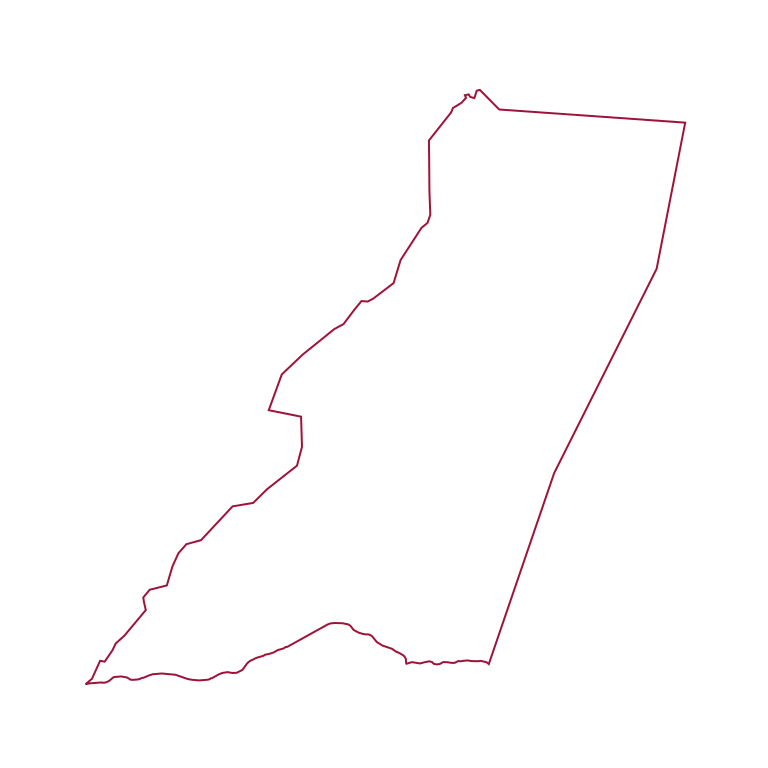 North Waghi District, Western Highlands, Papua New Guinea (Equal Earth projection), rotated 86°
{"feature_id": "67681753B53127057906438", "entity_name": "North Waghi District", "entity_type": "district", "adm_level": 2, "iso_a3": "PNG", "parent_name": "Papua New Guinea", "parent_adm1": "Western Highlands", "projection": "equal_earth", "projection_center": [144.746, -5.814], "detail": "fine", "context": "isolated", "style": "outline", "palette": "rose", "viewbox_px": 768, "rotation_deg": 86, "n_neighbors": 0, "source": "geoboundaries", "source_scale": "gbopen_adm2", "svg_char_len": 1926}
<svg xmlns="http://www.w3.org/2000/svg" viewBox="0 0 768 768"><g transform="rotate(86 384 384)"><path d="M662.7,702.7L662.1,698.7L662.0,686.4L662.4,685.8L662.4,683.1L661.9,681.0L660.7,678.4L657.9,674.7L657.5,673.6L657.4,666.6L658.9,660.7L661.3,657.4L661.6,655.3L661.6,650.4L661.1,647.7L660.3,646.1L660.3,644.5L658.3,638.7L657.4,634.9L657.3,625.8L659.5,612.3L664.6,600.4L665.7,596.1L666.8,589.1L666.7,580.5L666.3,578.4L665.5,577.3L665.5,576.2L662.2,569.3L661.0,565.6L660.5,560.2L661.7,555.4L661.8,551.1L659.3,545.1L653.1,540.0L651.1,537.3L648.3,530.4L646.6,522.9L645.8,521.9L645.3,517.6L644.1,512.8L642.0,508.5L640.8,502.6L639.5,500.5L639.5,498.9L619.9,456.9L619.1,454.2L619.0,449.4L619.8,441.9L621.3,436.5L622.9,434.3L627.2,431.5L630.3,426.6L631.9,422.3L632.6,419.0L632.6,417.4L633.4,415.3L634.6,413.6L640.9,409.2L644.8,403.8L648.7,394.5L651.8,390.7L653.4,387.5L656.1,383.6L657.3,382.6L659.7,381.4L663.1,381.4L664.4,381.3L664.8,381.9L663.4,375.5L665.3,367.6L664.3,362.4L663.8,358.0L664.8,355.4L666.6,353.9L667.4,351.1L667.2,347.9L665.5,344.3L666.0,340.0L666.5,337.9L666.9,336.0L667.1,333.0L665.5,329.0L666.0,327.0L665.7,324.4L665.6,319.7L666.5,316.2L667.1,309.5L667.0,306.6L668.7,301.1L670.7,299.0L589.7,264.8L484.6,220.4L288.1,104.0L144.3,65.3L118.2,249.9L97.3,267.9L97.9,271.0L105.1,273.9L103.6,278.0L101.0,279.3L101.6,283.2L102.7,282.8L104.3,282.2L108.9,287.1L113.4,295.9L117.9,298.2L144.2,322.2L160.1,323.1L194.1,325.2L218.4,326.0L226.4,329.4L230.8,335.7L261.5,358.8L284.0,367.4L298.2,389.0L300.6,394.6L299.7,400.7L307.4,408.0L321.4,420.2L325.7,429.7L349.0,463.1L367.3,485.3L402.1,500.8L410.8,469.0L441.0,470.2L459.4,476.5L480.7,507.9L493.5,522.8L495.5,543.6L527.0,577.4L530.0,592.3L538.5,600.9L551.3,607.8L569.8,614.7L572.9,632.1L580.1,639.0L584.5,638.7L592.9,637.4L616.9,660.5L624.1,669.7L630.6,673.4L635.3,677.1L641.5,682.0L640.3,686.5L657.7,695.9L662.7,702.7Z" fill="none" stroke="#9f1239" stroke-width="2"/></g></svg>